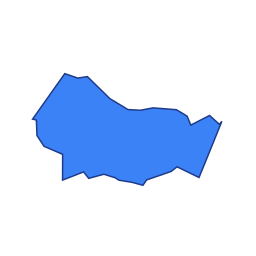 Oconee, Georgia, United States of America, rotated 148°
{"feature_id": "52423323B77419702079758", "entity_name": "Oconee", "entity_type": "district", "adm_level": 2, "iso_a3": "USA", "parent_name": "United States of America", "parent_adm1": "Georgia", "projection": "equal_earth", "projection_center": [-83.449, 33.832], "detail": "fine", "context": "isolated", "style": "filled", "palette": "blue", "viewbox_px": 256, "rotation_deg": 148, "n_neighbors": 0, "source": "geoboundaries", "source_scale": "gbopen_adm2", "svg_char_len": 554}
<svg xmlns="http://www.w3.org/2000/svg" viewBox="0 0 256 256"><g transform="rotate(148 128 128)"><path d="M108.1,136.5L118.3,143.7L127.8,162.5L135.2,193.1L144.2,197.0L152.8,207.6L204.2,186.1L201.5,183.3L209.2,169.8L208.9,156.9L197.4,140.3L211.1,118.5L188.9,114.3L188.0,106.1L173.0,101.6L165.9,93.3L165.5,93.1L163.4,88.6L153.2,79.6L145.7,71.5L139.7,74.1L114.5,68.3L107.0,69.1L94.0,48.4L80.9,57.8L79.1,59.1L44.9,83.9L48.6,82.7L52.2,95.4L73.2,97.2L71.6,106.8L77.3,117.9L96.1,131.8L108.1,136.5Z" fill="#3b82f6" stroke="#1e3a8a" stroke-width="1.5"/></g></svg>